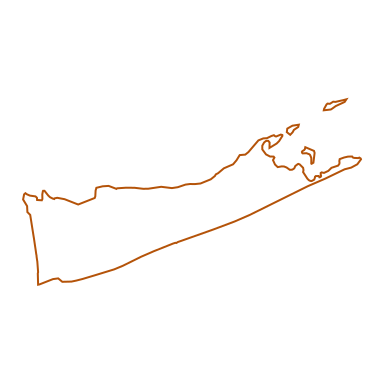 Suffolk, New York, United States of America
{"feature_id": "52423323B61185146991898", "entity_name": "Suffolk", "entity_type": "district", "adm_level": 2, "iso_a3": "USA", "parent_name": "United States of America", "parent_adm1": "New York", "projection": "mercator", "projection_center": [-72.547, 40.95], "detail": "fine", "context": "isolated", "style": "outline", "palette": "amber", "viewbox_px": 384, "rotation_deg": 0, "n_neighbors": 0, "source": "geoboundaries", "source_scale": "gbopen_adm2", "svg_char_len": 2714}
<svg xmlns="http://www.w3.org/2000/svg" viewBox="0 0 384 384"><path d="M38.1,284.7L39.5,284.4L53.0,279.1L58.2,278.4L62.3,281.8L70.9,281.6L71.4,281.6L76.2,280.6L82.5,279.0L95.5,275.1L114.1,269.4L122.8,265.8L141.2,256.7L151.6,252.2L153.6,251.3L173.2,243.5L175.4,242.8L176.3,243.0L177.9,242.0L181.4,240.8L213.3,229.5L234.6,221.5L249.8,214.9L307.8,186.2L325.3,178.6L344.6,169.3L351.2,167.6L357.3,164.3L361.0,159.3L360.7,158.5L359.3,157.6L358.2,158.1L354.1,157.9L352.9,157.5L352.1,156.5L348.0,156.6L344.1,157.5L339.7,159.1L339.3,161.1L339.5,162.2L339.4,163.8L338.1,165.6L331.5,167.8L328.3,170.9L324.0,172.9L321.6,172.4L320.7,173.0L320.7,174.3L321.1,176.0L320.7,176.8L320.0,177.2L319.6,177.3L319.4,177.3L318.7,176.0L315.7,176.1L315.0,176.8L314.9,177.7L314.2,179.6L311.7,181.0L310.3,180.9L308.9,180.2L307.4,178.7L303.1,172.1L303.5,170.1L303.1,167.8L299.7,164.4L298.3,163.9L297.8,164.1L295.3,166.0L294.4,168.1L293.6,168.9L292.1,169.7L289.8,169.8L286.6,167.5L284.1,166.5L281.7,166.4L277.7,167.1L275.0,164.5L273.0,160.1L274.4,157.6L273.6,156.6L270.0,156.5L266.0,154.4L262.3,149.4L262.3,148.0L262.3,145.7L264.1,142.5L265.8,141.1L266.9,140.8L268.3,140.9L269.6,142.5L269.5,147.9L276.7,143.5L279.1,141.1L282.4,135.9L282.3,135.0L280.8,134.6L276.1,136.5L275.1,136.2L273.9,135.2L271.4,136.0L266.9,138.2L263.3,138.4L258.4,140.4L248.4,152.1L245.3,154.6L239.7,155.1L236.5,160.3L233.1,164.3L223.9,168.3L218.1,173.2L215.8,174.4L214.9,176.0L210.8,179.3L200.5,183.5L194.7,184.1L190.1,184.0L185.5,184.6L177.8,187.2L171.9,188.1L161.2,186.8L148.4,188.7L143.2,188.8L134.6,187.8L126.2,187.7L117.1,188.3L116.4,188.9L115.2,188.4L108.6,185.9L105.8,186.1L102.7,186.3L96.4,187.8L95.6,190.6L95.3,196.3L94.8,197.7L94.7,198.0L78.2,204.5L76.6,203.9L64.6,199.2L57.2,197.8L54.5,198.4L54.2,199.0L52.8,198.6L50.0,197.2L48.3,195.6L44.5,190.8L43.1,190.8L42.9,191.1L42.3,194.4L42.4,199.0L41.8,200.3L37.1,200.0L37.0,198.9L36.9,197.7L35.5,196.4L29.9,195.6L26.9,194.3L25.4,193.2L24.1,194.4L23.1,199.5L27.1,206.1L27.4,212.1L30.2,214.9L33.7,237.0L33.9,238.1L35.1,246.3L35.6,249.6L36.2,253.9L36.4,254.9L36.5,255.4L36.6,256.8L37.2,260.9L37.3,261.3L38.1,272.2L37.8,273.4L38.1,284.7ZM324.1,108.8L323.8,110.3L330.8,109.5L332.4,108.5L335.7,106.1L339.1,104.5L342.4,103.0L344.7,101.9L346.4,99.3L343.0,100.2L341.1,100.6L335.5,101.9L333.2,101.7L329.9,103.8L327.5,103.6L326.5,104.5L325.3,106.7L324.1,108.8ZM301.9,151.9L302.1,152.8L302.7,153.4L306.5,153.2L309.4,154.3L310.1,155.0L311.3,157.9L311.3,163.6L311.6,163.8L313.4,162.7L314.6,152.9L314.0,150.9L305.3,147.2L304.9,149.1L304.1,150.1L302.4,151.1L301.9,151.9ZM287.3,128.6L286.8,132.1L290.2,134.8L292.6,132.3L293.9,129.9L298.2,127.0L298.8,124.7L292.4,125.7L287.3,128.6Z" fill="none" stroke="#b45309" stroke-width="2"/></svg>